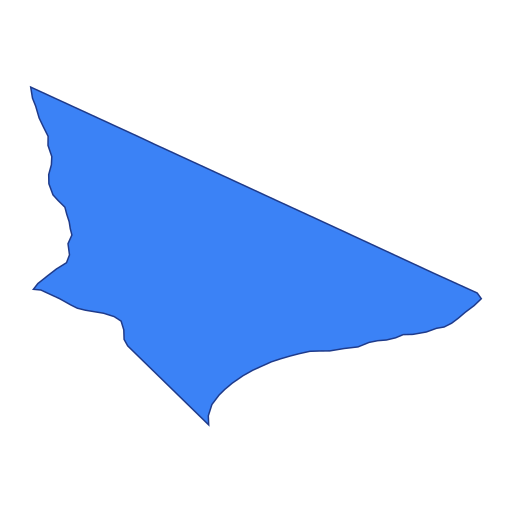 Rio do Fogo, Rio Grande do Norte, Brazil, rotated 90°
{"feature_id": "56859067B74826707647635", "entity_name": "Rio do Fogo", "entity_type": "district", "adm_level": 2, "iso_a3": "BRA", "parent_name": "Brazil", "parent_adm1": "Rio Grande do Norte", "projection": "robinson", "projection_center": [-35.391, -5.362], "detail": "fine", "context": "isolated", "style": "filled", "palette": "blue", "viewbox_px": 512, "rotation_deg": 90, "n_neighbors": 0, "source": "geoboundaries", "source_scale": "gbopen_adm2", "svg_char_len": 1093}
<svg xmlns="http://www.w3.org/2000/svg" viewBox="0 0 512 512"><g transform="rotate(90 256 256)"><path d="M424.9,303.3L415.8,303.7L404.5,300.1L395.0,292.9L389.3,287.1L383.1,279.7L375.7,269.0L370.3,259.4L367.3,252.8L361.8,240.6L358.8,231.4L356.0,221.8L353.7,212.9L351.3,202.1L351.0,193.0L350.9,182.2L348.5,167.8L346.9,154.0L342.4,142.9L340.7,134.4L340.0,125.6L337.8,116.4L334.6,108.8L334.4,99.3L332.0,85.7L328.3,75.5L327.0,67.9L323.1,60.2L318.1,53.6L312.3,46.8L305.6,37.9L298.7,30.7L293.0,34.8L272.9,79.0L223.5,185.5L201.7,232.9L171.8,297.6L160.7,321.7L143.7,358.7L138.4,369.8L87.1,481.3L98.2,479.5L106.2,476.3L117.9,472.9L126.1,469.0L136.3,463.9L145.4,464.0L156.6,460.2L164.7,460.6L174.6,463.3L183.8,463.1L194.9,459.0L200.4,454.0L207.2,447.1L214.4,445.2L221.8,442.8L228.8,441.7L235.0,440.1L243.7,444.0L254.9,442.5L262.7,445.5L268.9,455.5L275.7,464.3L283.5,474.1L289.3,478.6L290.0,471.2L298.7,452.4L304.9,441.3L308.2,434.7L310.2,426.7L313.2,408.6L316.6,397.8L321.1,390.9L329.9,388.2L339.4,387.9L345.9,384.3L357.7,372.2L424.9,303.3Z" fill="#3b82f6" stroke="#1e3a8a" stroke-width="1.5"/></g></svg>